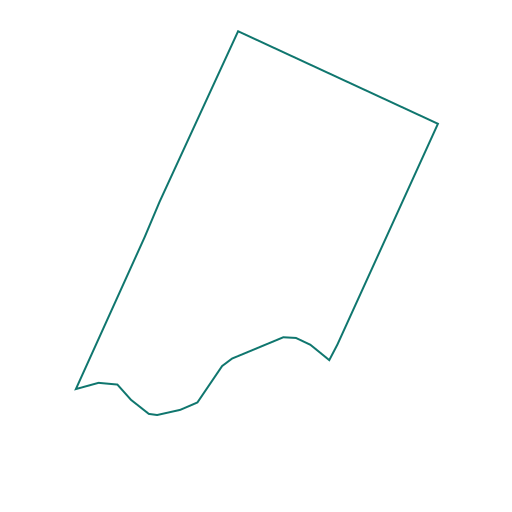 the district of Buffalo, South Dakota, United States of America, rotated 295°
{"feature_id": "52423323B50891604010383", "entity_name": "Buffalo", "entity_type": "district", "adm_level": 2, "iso_a3": "USA", "parent_name": "United States of America", "parent_adm1": "South Dakota", "projection": "orthographic", "projection_center": [-99.397, 44.065], "detail": "fine", "context": "isolated", "style": "outline", "palette": "teal", "viewbox_px": 512, "rotation_deg": 295, "n_neighbors": 0, "source": "geoboundaries", "source_scale": "gbopen_adm2", "svg_char_len": 397}
<svg xmlns="http://www.w3.org/2000/svg" viewBox="0 0 512 512"><g transform="rotate(295 256 256)"><path d="M59.3,149.0L74.5,166.9L80.9,184.7L72.8,203.5L67.6,225.6L70.1,233.6L84.6,252.4L98.5,264.8L142.0,271.8L153.0,277.7L193.9,315.1L198.6,326.8L198.5,342.9L192.6,366.4L210.1,367.2L452.7,365.0L452.1,144.8L264.5,145.7L226.2,147.1L59.3,149.0Z" fill="none" stroke="#0f766e" stroke-width="2"/></g></svg>